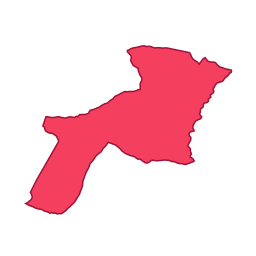 outline of Pereira Barreto, São Paulo, Brazil, rotated 86°
{"feature_id": "56859067B20546049019920", "entity_name": "Pereira Barreto", "entity_type": "district", "adm_level": 2, "iso_a3": "BRA", "parent_name": "Brazil", "parent_adm1": "São Paulo", "projection": "equal_earth", "projection_center": [-51.113, -20.683], "detail": "fine", "context": "isolated", "style": "filled", "palette": "rose", "viewbox_px": 256, "rotation_deg": 86, "n_neighbors": 0, "source": "geoboundaries", "source_scale": "gbopen_adm2", "svg_char_len": 3866}
<svg xmlns="http://www.w3.org/2000/svg" viewBox="0 0 256 256"><g transform="rotate(86 128 128)"><path d="M111.0,209.0L120.0,212.8L121.3,211.4L122.3,211.2L123.8,211.0L125.1,210.4L126.1,209.3L127.4,207.3L127.8,205.4L127.9,204.1L128.8,203.0L129.7,201.8L130.7,200.3L131.9,199.7L133.7,199.0L135.4,198.3L136.6,198.1L159.9,213.7L173.0,222.5L185.4,229.9L186.9,229.0L188.2,228.8L189.3,228.4L190.6,228.5L191.6,228.9L193.0,230.0L194.4,232.1L195.6,233.6L196.2,235.3L197.6,233.2L198.9,230.7L200.1,228.0L201.1,226.5L202.5,223.1L203.0,220.7L203.7,218.7L204.6,218.0L205.4,216.0L206.4,213.4L207.6,211.7L207.0,209.7L207.9,208.5L207.7,206.4L208.8,204.7L208.6,202.9L208.9,200.9L208.0,198.8L206.0,195.7L204.3,194.1L202.3,191.3L199.8,188.4L198.4,186.6L190.9,181.2L183.3,177.7L180.6,177.0L179.2,177.0L177.6,176.6L173.7,174.8L172.3,174.2L169.5,172.9L167.1,171.5L165.1,170.1L160.9,168.3L159.9,167.3L158.7,166.0L157.3,164.6L155.5,163.4L153.9,162.1L152.3,160.3L151.4,159.0L150.4,157.2L149.5,156.3L146.8,154.3L145.0,152.3L143.3,150.7L140.9,148.7L142.2,145.8L143.7,142.5L144.2,141.3L145.6,140.1L146.4,139.1L147.8,137.7L149.0,136.6L150.0,136.1L151.6,134.3L152.9,132.7L153.9,131.1L155.1,128.8L155.9,126.9L156.5,125.0L157.4,123.1L158.5,122.0L159.6,120.8L159.8,118.9L160.6,117.1L162.0,115.7L163.0,114.4L164.0,113.1L164.3,111.2L163.8,109.9L163.3,108.7L162.2,107.4L161.8,105.8L162.1,104.3L162.7,102.1L162.7,100.3L162.7,97.7L162.5,95.5L162.5,93.5L163.1,89.7L163.8,88.1L164.7,86.1L164.7,84.3L166.0,82.0L166.7,80.4L167.2,78.2L167.5,76.3L168.1,74.5L168.5,73.0L167.9,71.2L167.5,69.4L166.6,66.9L166.3,65.5L165.5,64.2L164.1,64.9L163.1,65.4L162.1,66.8L161.0,68.2L159.9,67.9L158.7,66.5L157.0,66.9L155.3,67.4L153.4,67.2L152.0,67.9L151.2,68.9L150.0,69.6L148.9,69.1L147.6,68.2L146.0,67.3L144.6,66.4L143.0,66.0L141.5,66.1L140.1,67.3L138.8,67.5L137.5,67.5L136.3,66.3L136.0,64.2L135.4,62.1L133.9,62.9L132.1,63.4L130.5,63.0L129.0,62.2L127.4,61.2L125.8,60.0L124.7,57.6L124.2,55.9L123.6,54.6L121.9,53.7L120.4,55.0L118.6,55.7L117.5,54.7L115.9,54.6L113.9,54.3L112.8,52.0L111.0,51.3L109.5,51.0L108.4,50.1L108.3,48.2L107.7,46.7L106.5,45.6L104.8,45.9L104.0,44.7L103.3,43.4L102.0,43.2L100.4,43.5L99.6,41.3L98.2,40.0L97.1,39.9L95.6,40.4L94.6,40.1L93.4,39.2L91.6,38.1L90.7,37.5L89.5,36.1L88.8,34.3L88.5,32.2L87.8,30.2L86.7,29.1L85.6,28.6L84.6,27.4L83.1,25.1L81.5,23.5L80.4,22.9L79.8,21.2L78.5,20.7L77.3,21.1L77.1,22.6L76.4,24.0L76.0,26.3L75.1,28.1L74.3,30.0L73.5,32.1L72.3,33.5L70.4,35.2L68.9,36.1L68.2,38.0L68.1,39.6L67.9,41.0L67.4,42.4L66.6,44.1L65.2,44.7L63.1,46.3L64.2,48.2L69.3,52.7L68.3,53.3L67.4,53.8L66.3,55.1L64.3,57.9L62.8,59.0L61.3,59.7L59.9,60.1L58.6,60.6L57.1,61.4L50.8,83.8L50.7,86.4L50.7,88.2L50.3,89.9L50.0,91.6L50.0,94.1L49.9,96.3L49.1,98.1L48.3,99.5L47.9,101.6L48.1,103.5L47.5,105.0L47.2,106.7L47.1,108.4L47.6,110.4L48.0,112.5L48.1,113.8L48.3,115.2L48.4,116.7L48.7,118.3L49.1,119.7L50.2,121.7L50.5,123.2L52.1,123.2L53.5,122.0L55.5,120.5L56.6,119.8L58.4,119.9L60.5,120.5L61.8,120.4L63.3,119.6L64.3,119.2L65.5,118.7L66.4,117.9L67.2,116.5L68.5,115.0L69.2,113.6L71.7,113.8L73.1,113.3L74.5,112.7L75.7,112.5L78.3,111.1L79.5,110.8L80.8,110.8L82.1,111.3L83.4,112.2L85.1,112.9L86.7,113.0L88.6,112.9L90.5,113.2L90.4,115.0L91.4,117.2L91.8,119.3L91.9,121.2L91.6,123.5L91.8,125.6L91.6,127.4L91.4,129.2L92.5,130.9L92.9,132.7L93.6,133.8L94.4,135.7L95.0,137.6L95.7,139.0L97.8,140.9L99.0,143.3L100.0,144.8L101.0,145.8L102.0,147.4L102.0,148.9L102.8,150.8L103.8,153.1L104.9,154.7L105.5,155.9L105.8,157.3L106.4,158.9L107.0,160.6L107.4,162.7L107.7,164.5L109.0,165.6L110.5,166.1L111.2,168.2L111.5,169.9L111.3,171.7L111.4,173.5L111.2,175.1L112.1,176.2L113.1,177.5L112.8,178.8L113.7,180.6L113.5,182.1L112.9,184.1L112.9,186.2L113.3,188.2L113.8,190.1L113.1,192.0L112.8,194.1L112.0,195.8L112.0,197.4L112.0,199.0L112.3,200.5L112.3,202.9L111.8,205.3L111.2,207.4L111.0,209.0Z" fill="#f43f5e" stroke="#9f1239" stroke-width="1.5"/></g></svg>